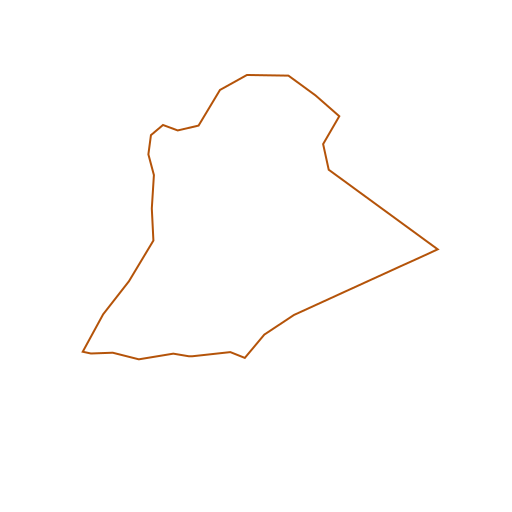 Buliisa, Natural Earth projection, rotated 211°
{"feature_id": "UGA-3082", "entity_name": "Buliisa", "entity_type": "County", "adm_level": 1, "iso_a3": "UGA", "parent_name": "Uganda", "parent_adm1": "", "projection": "natural_earth1", "projection_center": [31.416, 2.001], "detail": "fine", "context": "isolated", "style": "outline", "palette": "amber", "viewbox_px": 512, "rotation_deg": 211, "n_neighbors": 0, "source": "natural_earth", "source_scale": "10m", "svg_char_len": 571}
<svg xmlns="http://www.w3.org/2000/svg" viewBox="0 0 512 512"><g transform="rotate(211 256 256)"><path d="M103.7,355.3L114.6,339.3L127.0,321.4L161.3,271.4L193.1,225.0L208.4,192.9L213.1,162.9L228.5,160.4L248.1,145.5L258.9,137.3L262.1,135.4L276.6,129.7L303.2,107.1L329.0,99.3L347.3,87.4L355.2,84.7L357.0,127.3L351.9,168.9L351.9,216.4L369.8,243.1L385.2,272.8L400.6,287.7L408.3,305.5L403.2,320.4L387.8,323.3L372.4,338.2L372.4,379.8L357.0,406.5L321.1,427.3L287.7,424.3L256.6,418.7L256.1,386.5L238.1,367.4L103.7,355.3Z" fill="none" stroke="#b45309" stroke-width="2"/></g></svg>